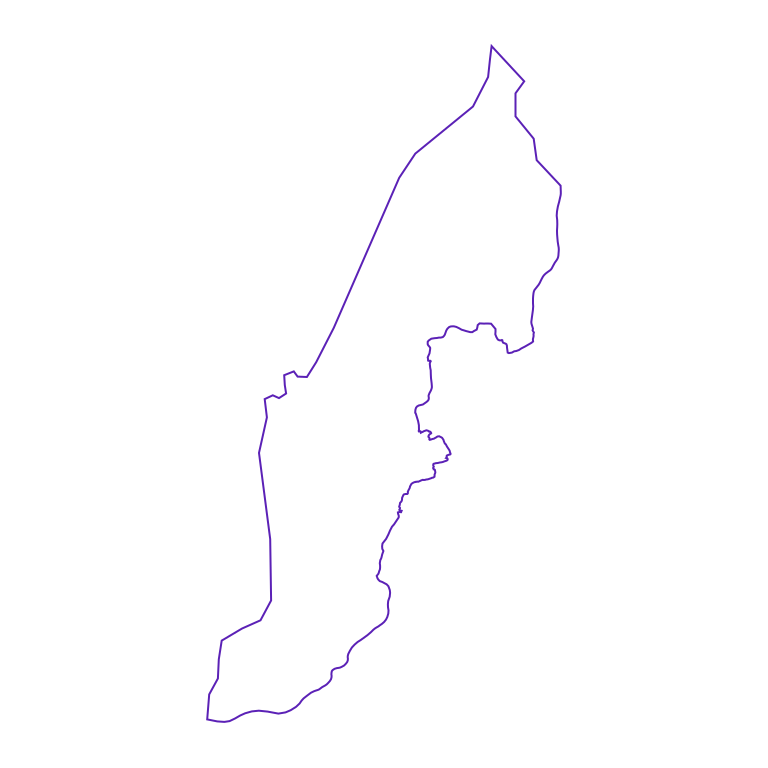 Ouango, Mbomou, Central African Republic
{"feature_id": "33826404B65142748169152", "entity_name": "Ouango", "entity_type": "district", "adm_level": 2, "iso_a3": "CAF", "parent_name": "Central African Republic", "parent_adm1": "Mbomou", "projection": "robinson", "projection_center": [22.589, 4.437], "detail": "fine", "context": "isolated", "style": "outline", "palette": "violet", "viewbox_px": 768, "rotation_deg": 0, "n_neighbors": 0, "source": "geoboundaries", "source_scale": "gbopen_adm2", "svg_char_len": 5532}
<svg xmlns="http://www.w3.org/2000/svg" viewBox="0 0 768 768"><path d="M491.6,46.1L490.0,59.1L488.1,77.0L473.0,106.5L415.3,153.6L399.2,177.8L333.8,327.8L316.2,362.2L306.9,377.0L297.6,376.6L293.8,371.4L284.2,375.2L284.8,385.1L286.1,393.5L279.0,398.1L272.8,395.3L264.7,399.1L266.9,417.4L259.0,452.9L270.2,539.1L271.1,600.5L260.5,620.3L242.1,628.5L221.7,640.6L218.8,659.3L217.9,678.5L209.2,694.4L207.2,719.4L217.2,721.4L224.4,721.9L229.6,721.1L235.0,718.5L240.2,715.5L245.1,713.3L251.8,711.4L258.8,710.7L267.7,711.6L271.9,712.4L278.4,713.6L285.5,712.4L290.7,710.2L296.1,706.8L299.6,703.5L301.6,700.6L303.6,698.4L306.9,695.8L311.0,692.7L314.1,691.2L316.1,690.5L318.0,689.9L319.1,689.4L322.2,687.1L325.1,685.5L326.7,684.4L328.2,682.9L329.9,681.0L331.0,679.2L331.5,677.4L331.6,675.9L331.4,674.4L331.5,672.9L331.8,671.2L332.6,670.1L334.6,668.8L336.9,668.1L338.5,667.9L340.0,667.6L341.6,666.9L344.1,665.5L345.9,663.7L347.2,662.0L347.8,660.3L347.9,658.7L347.7,657.1L347.8,655.8L348.3,653.9L349.9,650.8L351.9,647.5L354.6,644.6L357.6,642.0L360.6,640.1L367.4,635.2L371.0,632.1L373.4,629.7L375.3,628.2L376.8,627.3L378.4,626.4L379.7,625.4L381.9,623.9L384.1,622.0L386.0,619.6L387.3,617.0L388.3,613.5L388.5,610.4L388.0,607.2L387.9,604.3L388.2,601.0L389.7,596.7L390.1,592.8L389.8,590.1L388.4,586.2L386.6,584.3L384.5,583.2L382.3,582.0L379.8,581.1L378.5,579.8L377.6,578.5L376.7,575.9L378.5,573.6L379.3,570.9L379.9,569.5L380.1,567.7L380.1,565.7L379.8,563.2L380.3,560.1L381.1,558.6L381.5,557.4L382.2,554.4L383.4,551.0L382.3,548.9L382.1,546.3L382.5,543.5L384.3,541.2L386.1,538.9L388.3,534.6L390.0,530.6L392.0,526.7L394.1,524.3L396.5,520.7L397.5,519.2L398.3,518.1L398.8,517.0L398.7,515.4L398.3,514.5L398.0,513.3L397.9,512.4L398.4,512.2L399.9,512.0L400.3,511.8L400.7,512.2L401.1,512.2L401.6,510.8L400.5,510.6L399.5,510.2L399.3,509.8L399.9,508.6L400.0,507.9L399.5,507.3L399.2,506.8L399.2,506.4L399.7,505.2L399.9,503.8L400.1,502.8L401.4,501.5L402.0,499.9L402.1,497.9L402.7,496.5L403.4,495.0L403.9,494.4L405.5,494.0L407.2,494.0L407.6,493.7L407.8,493.4L407.9,492.9L407.8,491.8L408.5,490.2L409.5,488.4L409.8,487.6L410.0,486.5L410.7,485.2L411.5,483.8L413.0,482.8L414.6,482.1L415.7,482.0L416.1,481.7L416.8,481.8L417.7,481.6L418.4,481.7L419.0,481.4L419.9,481.0L421.4,480.3L422.9,479.8L423.6,480.0L425.0,479.9L426.2,479.5L427.4,479.4L428.3,479.2L430.6,478.4L431.5,478.1L431.9,477.8L433.2,477.6L434.5,476.7L434.6,474.5L435.3,472.7L435.3,472.1L434.9,469.9L434.5,469.5L433.7,469.4L433.6,468.7L433.1,468.0L433.8,466.7L433.4,466.0L433.2,465.3L433.3,464.4L433.5,463.9L433.9,463.7L434.5,463.6L435.7,463.2L437.8,463.0L439.8,462.5L441.4,462.3L442.8,462.0L444.3,461.4L445.6,461.0L446.7,460.6L447.5,460.0L447.7,459.2L447.5,458.6L447.1,458.3L446.1,458.0L446.6,457.4L446.8,457.0L446.6,456.4L446.7,455.8L446.9,455.5L448.6,454.8L450.3,454.4L450.6,453.9L450.0,452.2L449.6,450.6L448.4,448.7L447.0,446.6L445.8,444.3L444.8,443.5L444.5,442.7L443.8,441.1L443.5,439.9L442.1,437.8L440.9,437.1L439.8,436.6L439.3,436.3L437.9,436.4L437.1,436.7L436.0,437.5L434.7,438.2L433.9,438.7L432.4,439.0L430.5,439.7L429.6,439.8L429.3,439.3L429.5,438.3L429.2,437.6L428.4,436.8L428.5,436.1L428.7,435.6L428.9,435.1L430.0,434.0L430.8,433.6L431.2,433.2L431.1,432.8L430.4,431.8L429.6,431.5L429.3,431.7L428.9,431.5L428.5,431.0L427.9,430.7L426.8,430.4L426.3,430.3L425.0,430.8L423.8,431.2L422.5,432.0L422.0,432.1L420.8,432.8L420.6,432.3L420.4,431.3L419.6,431.2L418.9,431.4L418.7,431.0L419.0,429.6L418.9,426.5L418.9,425.3L418.1,421.1L415.7,413.3L415.2,412.8L415.4,409.8L416.0,407.8L417.0,406.5L418.7,405.5L422.9,404.5L426.6,401.9L428.0,400.6L428.6,399.6L428.8,398.5L428.8,397.6L428.6,396.4L428.6,395.4L429.4,393.3L430.9,390.5L431.6,388.6L431.9,387.1L431.8,385.4L431.6,383.0L431.0,378.1L430.8,374.0L430.7,370.2L430.2,367.9L429.9,365.0L429.8,364.2L429.8,363.5L430.2,362.1L430.7,361.4L430.6,361.0L430.0,360.7L429.1,360.9L428.1,360.6L428.0,359.0L427.9,358.2L427.7,357.4L428.9,354.7L429.5,353.4L429.7,352.1L430.0,350.2L430.2,348.5L430.1,347.6L429.2,346.4L428.2,345.3L427.7,344.2L427.7,341.8L428.6,340.6L431.3,338.7L434.5,338.2L436.9,338.0L438.9,337.6L440.7,337.6L442.8,337.1L444.0,335.9L444.8,334.7L446.3,330.5L447.4,328.7L449.2,327.0L451.0,326.4L453.8,326.3L456.3,326.9L459.2,328.3L461.6,329.7L463.7,330.3L466.2,331.1L467.8,331.5L470.1,332.1L472.4,332.1L473.8,331.1L476.7,329.6L477.3,327.5L477.7,325.1L479.6,323.4L483.9,323.6L487.5,323.5L491.1,323.7L495.5,329.0L495.5,331.7L495.3,334.3L496.4,337.1L497.8,339.5L499.3,340.3L501.2,340.4L501.9,340.0L502.3,340.2L502.6,341.7L503.0,342.6L504.1,343.1L505.7,343.7L506.4,344.2L506.9,345.6L507.0,347.5L507.7,352.6L508.9,353.1L511.9,352.6L514.2,351.3L516.3,351.0L519.0,350.0L521.2,348.5L524.3,346.9L524.9,346.6L531.5,342.8L533.1,341.5L532.9,339.2L533.3,337.6L533.6,336.0L533.5,334.1L533.9,332.5L533.0,331.1L532.6,330.3L533.0,328.7L532.0,325.4L531.5,323.8L531.3,322.0L531.9,317.4L532.9,310.2L533.2,306.4L533.0,303.3L533.0,298.5L533.2,295.7L533.5,293.1L533.9,291.4L534.5,290.0L538.6,284.8L539.8,282.8L540.7,280.9L541.7,278.9L542.9,276.7L543.9,275.3L545.6,273.6L547.7,272.0L550.1,270.3L551.1,269.3L551.8,268.3L553.1,265.8L554.8,262.7L556.8,259.9L557.6,258.5L558.1,257.1L558.4,255.5L558.5,253.9L558.7,251.4L558.8,249.8L558.7,247.7L558.3,245.5L557.7,241.6L557.4,238.2L557.1,234.5L557.0,230.6L557.2,227.2L557.3,224.1L557.2,220.1L556.7,215.7L557.0,211.4L557.9,206.4L559.2,201.6L560.2,197.1L560.6,195.4L560.8,193.8L560.8,191.5L560.7,189.1L560.6,185.7L536.7,160.2L533.7,138.7L515.5,116.4L515.5,93.3L524.2,81.3L494.8,49.6L491.6,46.1Z" fill="none" stroke="#5b21b6" stroke-width="2"/></svg>